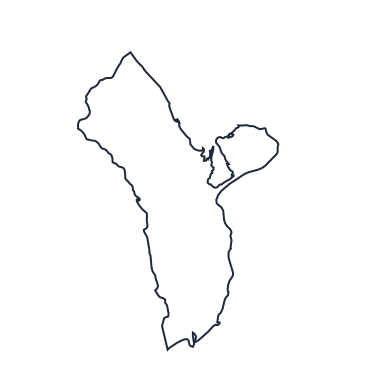 outline of Falcón, rotated 76°
{"feature_id": "VEN-23", "entity_name": "Falcón", "entity_type": "State", "adm_level": 1, "iso_a3": "VEN", "parent_name": "Venezuela", "parent_adm1": "", "projection": "albers", "projection_center": [-69.856, 11.252], "detail": "fine", "context": "isolated", "style": "outline", "palette": "slate", "viewbox_px": 384, "rotation_deg": 76, "n_neighbors": 0, "source": "natural_earth", "source_scale": "10m", "svg_char_len": 5512}
<svg xmlns="http://www.w3.org/2000/svg" viewBox="0 0 384 384"><g transform="rotate(76 192 192)"><path d="M41.6,217.9L52.1,213.7L56.6,211.1L57.4,210.3L63.4,208.1L82.4,197.5L97.9,193.4L100.6,192.3L102.7,193.3L106.1,193.2L117.6,191.9L119.3,190.8L120.9,188.2L120.0,188.6L119.2,189.2L118.6,190.0L118.2,191.0L117.9,188.5L120.3,187.6L125.5,188.4L128.7,187.5L136.3,183.9L139.9,181.4L141.8,181.5L145.5,182.0L150.6,179.5L152.6,177.0L154.0,174.2L154.1,172.4L153.9,171.7L153.2,171.0L152.1,170.8L153.1,170.1L154.4,170.2L155.8,170.9L156.6,172.1L157.5,173.2L158.5,174.2L159.6,173.7L160.1,172.7L160.5,171.4L161.4,171.4L162.6,172.0L163.5,172.4L164.3,173.0L164.7,173.0L164.9,172.1L164.9,171.1L164.8,170.4L164.4,170.0L163.5,169.7L163.6,169.2L163.7,168.9L164.2,168.3L162.8,167.8L163.0,166.4L158.8,165.0L156.5,164.8L156.2,164.5L156.6,163.9L157.4,164.0L158.8,163.9L158.0,163.1L156.9,162.7L155.5,162.3L154.4,161.6L152.4,160.2L156.2,161.1L158.9,162.6L161.6,164.1L163.3,164.9L164.2,165.2L165.9,165.7L167.6,165.5L169.3,166.0L170.7,166.8L172.6,166.0L173.7,165.1L175.6,165.8L176.2,167.4L176.9,167.8L178.3,167.5L178.9,169.2L180.5,170.2L182.5,171.2L183.7,173.5L186.7,174.6L188.6,173.4L189.1,172.0L192.0,170.3L193.3,169.0L193.6,166.7L191.5,163.3L191.9,161.3L191.1,160.2L189.5,155.4L188.9,152.4L186.5,147.6L185.9,147.6L185.6,149.4L184.8,149.2L183.9,148.2L183.2,147.6L181.9,147.9L181.0,148.6L180.5,149.3L180.1,149.6L175.5,151.1L173.3,151.3L173.7,149.6L169.8,151.4L168.6,151.7L165.7,151.8L164.2,152.1L163.2,152.8L161.1,153.8L154.7,154.4L149.9,156.7L147.4,156.1L145.7,154.2L145.3,151.7L145.7,151.0L146.9,149.7L147.3,148.9L147.4,148.2L147.2,147.7L146.9,147.3L146.7,146.8L146.7,144.1L145.6,142.7L145.4,142.1L145.9,142.4L147.5,143.1L148.1,143.4L148.0,140.6L147.8,139.4L147.3,138.6L146.3,138.0L145.8,138.7L145.4,139.9L144.6,140.7L144.2,138.9L142.0,135.2L141.5,134.5L141.1,134.3L140.8,133.8L140.6,131.7L140.3,131.1L139.7,130.8L138.6,131.0L139.1,129.6L139.9,125.9L140.0,124.4L140.4,122.8L142.2,119.6L142.6,117.6L143.3,116.0L146.3,112.5L147.4,111.0L147.7,109.3L147.6,106.4L148.1,105.4L152.4,105.3L154.2,104.9L155.9,103.8L162.0,98.5L164.3,97.2L166.6,96.7L168.0,97.3L169.3,98.1L173.8,99.2L175.7,100.7L184.6,115.2L185.9,119.3L186.4,123.5L186.5,132.2L187.2,136.5L193.3,153.8L197.9,163.0L201.3,167.3L205.5,170.3L208.9,170.8L211.4,169.2L214.0,167.2L217.6,166.2L226.0,167.5L229.8,167.6L233.9,166.2L236.6,164.4L238.3,163.7L240.3,163.4L241.3,163.7L243.3,165.1L244.3,165.4L247.7,165.3L248.7,165.4L255.0,168.0L256.2,167.9L256.8,168.9L258.1,170.1L259.6,171.1L260.9,171.6L265.0,172.4L280.5,171.7L282.3,172.2L283.9,173.4L287.1,176.9L289.1,178.3L291.2,179.5L294.6,180.8L296.2,181.1L297.6,181.2L298.1,180.8L298.7,181.1L301.0,182.1L301.5,182.9L302.5,184.7L305.0,186.6L312.4,190.4L314.6,192.0L316.4,193.7L317.1,195.2L318.0,196.3L324.6,199.0L325.0,198.0L325.2,197.6L325.2,196.9L326.0,196.9L326.3,197.5L327.3,199.0L327.3,199.6L326.5,201.5L327.4,204.1L331.3,209.8L337.5,221.7L338.4,224.5L337.6,225.8L336.8,225.3L335.8,224.4L334.5,223.5L332.8,223.1L331.6,223.4L330.4,223.9L329.4,224.6L328.7,225.2L332.0,226.0L340.0,226.7L342.4,228.6L341.3,230.5L339.7,231.3L335.2,231.3L333.7,232.2L333.2,234.2L333.3,236.5L334.6,242.7L337.7,251.4L339.1,253.8L314.8,253.5L307.6,249.5L307.1,247.0L307.1,245.3L305.4,244.5L303.4,244.0L301.3,244.1L300.0,243.8L296.0,243.7L295.3,243.9L294.5,244.1L293.4,244.7L292.3,244.8L291.6,244.6L290.6,244.1L290.0,244.1L289.3,244.5L288.3,245.4L287.8,246.1L286.6,248.0L286.1,248.8L284.4,249.7L278.5,251.5L277.2,249.2L276.6,248.8L276.1,248.3L274.7,247.7L271.3,247.7L269.0,248.1L265.5,248.1L264.4,247.9L263.8,247.9L261.4,248.9L258.9,249.5L254.7,249.4L244.0,247.7L243.2,247.7L241.4,248.1L240.8,248.1L240.2,247.9L239.7,247.7L239.1,247.5L225.0,246.4L224.5,246.5L223.3,246.9L218.9,248.1L217.9,248.1L217.1,247.9L216.9,247.4L216.7,246.9L216.6,246.3L216.3,245.3L216.0,244.7L215.7,244.3L214.1,243.4L208.8,242.8L203.7,241.3L202.4,241.1L201.5,241.1L197.0,244.2L193.3,246.0L189.1,247.5L188.0,247.6L187.1,247.7L186.4,247.6L186.0,247.4L185.8,247.1L186.0,246.7L186.3,246.4L186.7,246.2L187.5,245.6L186.9,244.6L186.5,244.5L185.7,244.6L185.2,244.8L184.7,245.1L184.4,245.4L184.1,245.8L182.9,246.9L181.5,247.8L180.6,248.1L179.7,248.2L179.0,248.1L177.8,248.0L177.1,248.2L176.2,248.7L175.5,248.8L174.9,248.7L174.2,248.6L173.4,248.4L172.0,248.4L171.3,248.6L169.5,249.9L166.5,251.4L165.1,252.3L163.6,253.1L162.7,253.3L161.9,253.3L157.1,252.3L154.4,252.1L153.4,252.3L152.7,252.5L152.3,252.7L151.9,253.0L151.6,253.4L151.0,254.2L149.8,256.5L148.4,257.6L146.7,258.5L146.0,259.1L145.5,259.8L145.4,260.4L143.8,261.8L140.3,261.1L137.9,261.1L136.3,261.4L135.6,261.9L134.7,263.0L134.0,263.6L131.3,264.8L129.9,265.7L129.2,266.7L128.4,268.2L127.2,269.3L125.1,270.1L123.6,270.5L121.7,271.3L119.5,273.0L118.7,274.3L117.6,277.0L117.1,278.1L116.2,279.6L115.7,280.8L115.3,281.5L113.8,281.8L111.8,282.1L109.7,282.6L107.5,283.6L105.1,285.1L103.8,286.4L103.1,287.3L101.0,286.7L99.5,286.5L97.7,285.7L96.1,284.5L95.2,283.3L95.0,281.6L95.1,279.2L94.5,276.2L92.5,273.5L91.2,272.3L88.8,271.6L83.6,271.9L80.2,272.8L79.3,273.2L78.9,273.3L78.0,272.9L76.5,271.8L75.0,271.7L74.0,271.8L73.5,271.5L72.6,270.7L71.6,269.4L67.8,265.6L67.1,264.7L66.7,262.5L66.6,261.9L66.1,260.1L65.4,258.5L64.7,257.5L63.8,256.5L62.2,255.1L61.6,254.3L61.3,253.5L61.6,252.5L61.6,251.9L61.5,251.4L61.0,249.8L60.8,249.0L60.8,248.0L60.8,246.8L61.8,243.1L61.4,241.6L60.7,240.6L56.2,236.7L55.4,236.1L53.5,234.4L49.6,230.1L48.1,229.1L46.2,227.5L45.1,226.3L44.2,224.5L41.7,218.1L41.6,217.9Z" fill="none" stroke="#1e293b" stroke-width="2"/></g></svg>